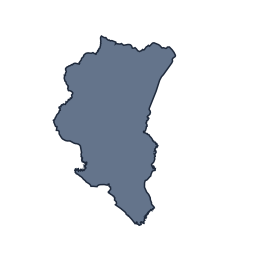 Srae Ambel, Kaôh Kong, Cambodia, rotated 341°
{"feature_id": "14789045B17636878370616", "entity_name": "Srae Ambel", "entity_type": "district", "adm_level": 2, "iso_a3": "KHM", "parent_name": "Cambodia", "parent_adm1": "Kaôh Kong", "projection": "orthographic", "projection_center": [103.727, 11.257], "detail": "fine", "context": "isolated", "style": "filled", "palette": "slate", "viewbox_px": 256, "rotation_deg": 341, "n_neighbors": 0, "source": "geoboundaries", "source_scale": "gbopen_adm2", "svg_char_len": 5759}
<svg xmlns="http://www.w3.org/2000/svg" viewBox="0 0 256 256"><g transform="rotate(341 128 128)"><path d="M132.8,32.4L131.9,33.1L131.3,34.0L130.5,37.3L129.9,38.4L129.9,39.2L129.4,39.7L128.7,41.4L128.1,42.0L127.7,43.0L127.0,43.5L126.6,43.4L126.3,43.9L125.7,44.1L125.4,45.0L124.8,45.0L124.9,45.4L124.6,45.9L124.1,45.8L123.4,46.4L122.5,46.7L122.0,47.7L121.6,47.8L121.0,46.9L120.4,46.7L119.4,45.3L117.6,45.4L114.7,44.0L112.7,43.7L110.5,44.4L109.7,45.0L109.3,45.9L107.9,46.6L107.2,46.8L106.4,47.6L106.0,48.4L103.1,50.3L103.3,51.1L102.7,51.7L99.2,49.6L98.1,49.4L97.1,49.5L96.2,50.1L95.2,49.7L93.9,50.2L92.2,50.1L91.6,50.4L90.1,50.5L88.4,51.4L88.4,52.0L87.9,52.6L88.1,54.3L87.9,54.9L87.1,55.4L86.2,56.8L86.0,57.6L85.1,57.4L85.2,57.9L84.8,58.2L84.8,58.6L83.9,60.0L83.7,63.2L84.3,64.0L84.1,66.2L85.1,68.7L84.8,69.0L85.0,69.6L84.4,70.1L84.5,70.6L83.8,71.2L83.9,72.0L83.8,72.9L83.9,73.3L84.8,73.6L85.9,74.4L86.7,75.4L87.2,76.8L86.6,77.8L85.4,78.4L85.1,80.6L84.1,81.5L83.5,80.9L83.1,81.0L82.7,81.8L81.9,82.4L81.4,81.8L80.9,81.7L80.3,82.8L79.3,83.1L79.0,83.7L78.3,83.7L77.9,83.2L77.3,84.5L77.0,84.6L76.5,85.3L75.3,84.7L75.0,84.3L74.5,84.3L73.8,84.9L73.0,84.5L72.6,84.6L71.6,85.4L71.7,85.7L71.4,86.1L70.5,85.8L69.6,85.9L69.3,86.6L70.1,87.7L69.8,88.1L69.7,89.2L68.9,89.1L67.5,91.0L64.8,92.5L63.3,94.2L62.9,94.3L61.5,96.0L60.0,96.4L60.3,97.3L59.8,98.2L60.0,102.8L60.3,103.2L61.2,103.5L61.2,103.8L59.5,106.9L61.1,107.6L61.8,108.7L61.0,111.2L62.0,115.7L62.6,117.1L64.8,119.5L66.3,120.4L69.0,121.4L71.8,124.5L73.2,125.6L74.4,126.1L76.0,127.3L76.7,128.4L77.1,129.5L76.1,136.1L75.1,137.5L74.8,139.0L74.9,139.3L74.4,139.8L74.8,140.3L74.9,141.1L75.2,141.4L75.1,141.6L74.7,141.2L74.5,141.5L74.8,141.8L74.3,142.8L74.3,143.3L74.1,143.5L73.8,143.3L73.7,143.8L73.8,144.9L74.3,145.0L74.3,145.4L74.9,145.9L75.2,145.7L75.6,146.8L77.2,146.8L76.9,147.5L76.2,147.6L76.0,148.1L76.1,148.3L77.3,147.9L77.0,148.4L77.1,148.6L75.8,149.4L75.1,149.4L74.5,149.1L74.8,150.0L74.1,150.4L74.9,150.8L74.4,151.8L75.2,151.9L75.2,152.1L74.1,152.5L73.4,153.3L72.5,153.8L72.1,153.4L72.0,152.6L71.3,153.5L70.9,153.6L70.2,152.7L70.4,152.0L69.9,151.7L69.1,152.9L68.6,152.2L68.2,152.0L67.1,152.7L66.8,151.4L67.0,151.1L67.7,150.9L67.8,150.3L67.2,150.3L65.6,151.1L65.3,150.9L65.5,149.6L65.0,149.6L63.9,150.8L64.2,151.6L63.7,152.8L64.1,153.4L64.1,153.8L64.3,154.5L65.0,154.9L66.5,156.9L66.7,157.5L67.4,158.2L68.5,159.9L69.2,161.9L70.5,164.0L70.8,165.2L73.4,168.5L73.9,169.7L74.0,171.1L76.1,171.8L79.6,173.4L80.1,172.9L81.4,172.4L82.9,172.4L87.1,173.7L89.9,175.3L90.5,175.2L90.9,174.7L91.7,174.8L91.2,176.9L91.6,177.8L92.2,178.1L91.7,180.2L89.4,181.7L88.7,181.9L88.5,182.2L88.5,182.9L88.8,183.2L89.3,183.3L89.4,183.9L89.9,184.8L90.9,185.9L91.7,187.4L92.2,187.6L92.4,188.1L92.4,189.4L92.8,189.9L92.4,190.3L92.2,191.1L91.8,191.6L92.9,193.9L92.6,195.6L92.1,196.1L91.1,196.5L94.9,201.7L97.8,206.4L98.3,207.7L98.2,208.9L98.8,209.9L99.8,210.8L99.5,211.1L100.3,212.1L102.0,216.1L103.6,220.8L104.6,220.6L105.4,219.8L105.7,219.8L105.8,220.2L105.2,220.8L105.2,221.7L106.4,222.4L106.8,223.5L107.0,223.6L109.0,223.5L109.2,222.8L109.0,221.5L109.8,221.0L110.2,221.1L110.9,222.5L112.0,223.4L112.3,223.1L111.5,222.4L111.5,221.9L113.9,220.7L113.6,219.9L114.1,219.0L114.6,218.8L114.6,218.2L115.5,219.0L115.6,218.7L116.1,218.4L115.8,218.2L115.7,217.7L115.0,217.8L115.3,217.6L115.5,216.9L116.0,217.1L116.2,216.6L116.5,216.9L116.7,216.4L117.1,216.6L117.3,216.3L117.8,216.2L117.9,215.9L118.5,216.0L118.9,215.7L119.0,215.3L119.3,215.4L119.4,215.0L118.8,214.8L119.3,214.4L119.9,214.1L120.2,214.2L120.4,214.0L120.9,214.2L121.2,213.9L121.2,213.6L121.7,213.5L122.0,213.2L122.4,213.2L122.8,212.7L123.3,213.3L123.3,212.9L124.1,213.1L124.1,212.8L124.6,212.7L125.1,213.0L125.2,212.4L126.9,212.1L126.9,211.2L125.6,208.1L125.5,207.3L125.9,206.3L125.8,203.3L126.3,201.1L125.9,197.5L124.8,194.8L124.3,189.4L125.8,185.2L127.2,183.3L128.7,183.3L129.4,183.1L132.7,181.2L133.8,180.8L135.0,178.9L136.8,176.9L138.3,176.6L139.8,176.9L140.1,176.5L140.1,175.9L140.6,175.2L139.0,174.6L139.8,174.2L140.0,173.8L139.9,172.9L139.8,172.3L139.1,172.0L138.9,172.3L139.4,172.8L139.3,173.3L138.8,173.6L138.4,173.2L138.2,170.5L138.6,170.0L141.3,168.5L143.3,166.0L143.3,164.8L143.6,164.2L143.9,163.9L144.5,163.8L144.6,163.4L144.6,162.5L144.3,162.0L144.5,161.8L144.4,161.0L145.3,161.3L146.8,159.9L146.7,159.2L146.3,158.8L146.8,158.2L146.6,157.9L145.8,158.1L146.3,157.5L146.4,156.6L147.3,156.4L148.4,154.9L148.7,154.9L149.2,155.6L150.5,154.4L150.0,153.2L150.1,152.1L149.9,151.9L149.7,152.1L149.6,152.6L149.3,152.8L149.0,151.5L149.2,150.4L148.1,149.8L148.0,148.6L147.3,148.3L147.1,148.0L147.4,147.0L146.7,144.5L145.9,142.9L145.7,141.4L144.4,140.4L144.5,139.8L144.3,139.5L143.7,139.4L142.8,138.3L141.4,137.4L141.4,136.7L141.7,136.3L141.9,136.4L141.7,136.7L142.0,136.8L143.5,136.3L145.2,134.0L145.8,132.7L146.7,132.5L147.0,130.8L146.6,129.2L146.9,128.8L147.4,128.7L147.9,127.3L148.3,127.1L148.9,127.3L150.8,125.6L150.0,124.9L150.4,124.4L149.8,123.7L150.6,123.0L152.4,122.5L153.3,122.0L153.4,121.5L154.1,121.0L154.5,119.3L154.0,117.5L154.6,116.2L166.6,102.3L173.5,93.1L176.4,90.4L178.8,89.1L190.6,80.7L191.9,79.3L192.2,77.4L193.5,76.5L195.6,75.9L196.2,75.4L196.5,74.6L196.1,71.5L195.2,68.5L193.5,64.9L191.6,64.3L190.5,65.1L189.7,65.1L187.6,63.6L186.2,63.4L184.9,60.3L184.0,59.1L180.3,55.9L178.8,55.7L175.3,57.5L174.8,57.6L174.3,56.5L174.0,56.5L172.9,57.1L171.8,57.2L168.8,59.3L167.9,59.2L167.5,58.5L166.8,58.7L166.3,59.2L163.7,59.4L162.3,58.0L161.7,56.0L160.8,54.3L159.7,54.5L158.1,53.9L158.1,51.7L157.5,50.3L156.8,49.7L155.2,49.0L150.8,48.4L149.3,46.0L147.8,46.1L145.1,44.8L144.4,44.1L143.6,44.4L144.4,43.1L144.4,42.8L141.2,40.1L139.6,39.8L138.9,38.7L138.0,38.6L136.6,36.3L136.6,35.4L135.7,35.0L134.9,34.8L132.8,32.4Z" fill="#64748b" stroke="#1e293b" stroke-width="1.5"/></g></svg>